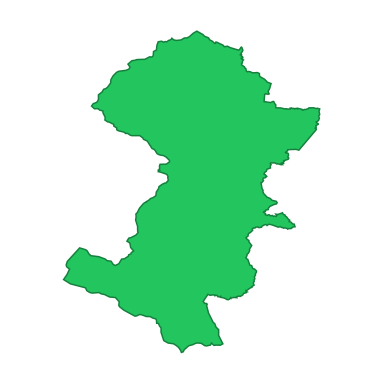 Archidona, Napo, Ecuador (Equal Earth projection), rotated 274°
{"feature_id": "8360857B80114747144377", "entity_name": "Archidona", "entity_type": "district", "adm_level": 2, "iso_a3": "ECU", "parent_name": "Ecuador", "parent_adm1": "Napo", "projection": "equal_earth", "projection_center": [-77.955, -0.716], "detail": "fine", "context": "isolated", "style": "filled", "palette": "green", "viewbox_px": 384, "rotation_deg": 274, "n_neighbors": 0, "source": "geoboundaries", "source_scale": "gbopen_adm2", "svg_char_len": 6043}
<svg xmlns="http://www.w3.org/2000/svg" viewBox="0 0 384 384"><g transform="rotate(274 192 192)"><path d="M307.3,110.4L306.0,108.3L302.2,105.1L298.5,103.3L295.0,103.2L290.6,100.4L289.2,98.9L288.3,96.7L285.6,95.4L282.4,91.9L278.0,92.2L276.1,91.6L274.6,90.4L273.2,87.3L270.7,85.8L268.2,88.9L268.6,92.7L267.3,94.0L266.6,97.5L264.7,97.7L260.4,100.2L257.7,100.1L256.0,103.1L256.0,104.3L254.0,109.2L252.3,109.4L250.7,112.4L248.9,112.6L248.4,113.2L247.8,114.9L247.0,120.0L245.7,121.8L246.0,123.7L244.6,125.9L244.0,128.0L244.6,135.9L242.4,139.4L241.2,139.9L239.7,143.8L232.6,149.1L231.8,151.2L230.9,152.3L227.8,154.5L226.8,156.8L226.3,161.1L225.0,163.8L222.1,167.2L220.5,167.5L218.0,164.4L217.4,158.2L215.4,157.7L213.8,158.1L212.2,157.7L211.7,157.1L211.5,158.0L211.1,157.4L210.3,157.7L210.2,156.9L209.9,156.9L209.6,159.2L207.9,165.6L205.6,167.1L204.6,166.8L202.0,167.6L199.1,165.3L199.0,164.2L197.6,161.7L195.1,158.7L193.4,158.5L189.4,156.4L185.7,156.2L183.5,153.2L182.6,151.1L180.3,148.9L179.2,147.0L178.6,147.1L178.3,146.0L177.1,144.4L172.1,140.7L167.7,138.9L166.2,137.6L162.9,138.0L160.1,137.7L154.0,140.1L149.1,140.5L147.9,141.1L145.1,139.1L142.1,134.0L141.6,132.2L138.6,130.6L138.2,130.6L137.6,132.2L136.6,133.6L132.3,134.7L129.1,137.9L127.2,135.6L126.0,135.4L124.9,133.2L123.4,132.9L120.6,129.1L120.2,126.5L115.3,124.0L113.3,120.5L114.2,118.5L117.3,116.1L117.6,112.1L119.1,110.0L121.0,103.4L121.4,95.6L123.1,93.5L125.9,91.6L127.0,90.0L128.4,83.8L114.1,72.5L110.7,71.6L109.3,71.9L108.4,72.5L106.6,75.2L101.2,73.2L95.7,70.0L91.9,77.1L89.0,92.4L86.3,93.9L84.7,96.8L84.2,99.4L85.2,106.2L84.1,108.4L83.6,112.0L81.5,117.1L81.4,122.9L77.5,127.0L73.7,126.9L72.4,127.8L69.3,132.4L64.2,143.7L64.5,145.4L66.0,147.9L66.1,149.9L64.6,155.1L64.8,158.9L63.5,161.7L62.9,164.6L62.2,165.4L58.6,165.9L58.6,167.7L56.1,168.9L54.3,170.6L49.9,170.9L41.8,174.2L39.7,178.6L39.3,184.1L37.8,187.0L36.1,189.4L33.2,191.7L31.2,192.6L32.0,194.4L34.2,195.3L38.5,199.6L39.6,203.1L41.3,206.2L41.8,208.1L41.7,211.8L39.6,215.4L39.5,217.4L40.6,221.1L42.6,222.0L40.5,224.6L41.0,226.9L41.1,230.8L42.7,233.4L50.7,228.6L56.5,228.2L59.0,225.3L62.4,223.8L63.3,222.3L72.5,216.9L79.7,214.5L81.1,215.0L81.8,214.3L81.8,212.3L83.6,210.8L91.0,215.0L90.2,217.3L91.0,220.7L90.4,221.6L90.7,221.9L90.7,222.8L90.3,222.6L90.6,223.7L90.4,224.4L89.4,225.0L89.6,225.8L89.2,226.4L89.9,227.9L88.9,227.9L88.6,230.9L87.9,233.0L87.2,234.0L87.1,235.8L88.0,237.2L89.3,238.0L88.8,238.4L89.1,238.5L89.7,241.3L89.7,244.1L90.5,243.6L91.4,245.7L91.2,247.5L92.8,249.8L94.4,250.5L95.3,253.1L95.9,253.3L96.2,254.0L97.0,252.5L97.5,252.6L97.3,253.1L100.7,257.3L101.0,258.4L101.7,258.2L103.4,260.4L105.4,259.5L107.3,260.3L108.8,260.1L109.7,260.8L111.7,260.1L113.3,261.1L115.0,261.0L116.3,261.8L117.7,261.9L119.6,259.7L119.6,258.7L120.1,257.8L122.7,256.7L123.1,254.8L128.6,252.4L129.3,251.1L130.2,250.3L132.4,251.3L133.6,251.2L134.7,252.4L137.3,253.6L139.1,253.4L142.8,255.3L146.0,252.4L147.6,252.1L148.8,250.1L150.3,249.1L152.0,251.0L153.7,251.0L154.8,251.6L155.6,253.0L158.0,255.2L159.3,254.7L160.3,255.7L160.5,257.4L161.5,258.3L161.6,260.4L161.1,261.2L161.7,263.8L162.9,264.3L164.6,267.1L164.6,268.2L163.8,269.2L165.2,270.8L164.9,273.7L162.9,280.6L163.6,282.3L162.8,284.1L162.9,285.0L162.3,285.7L162.7,287.3L162.3,289.3L161.6,290.0L162.2,290.9L162.4,293.3L164.2,295.4L164.5,297.2L167.1,296.2L167.1,294.7L168.8,292.9L169.3,290.9L170.7,291.5L171.4,290.2L173.9,288.0L174.4,286.8L175.4,286.6L176.2,284.5L177.6,283.7L176.2,280.8L175.6,278.8L175.7,277.2L174.4,278.3L173.5,277.6L173.8,275.9L173.3,275.0L174.2,273.9L173.7,271.8L174.6,270.8L174.6,269.7L173.9,268.8L174.5,266.7L175.7,266.8L176.8,264.8L177.8,265.5L177.9,266.6L179.1,266.9L179.8,269.3L180.7,269.1L183.0,270.6L185.2,274.6L186.0,277.1L187.3,277.7L188.6,276.7L189.3,272.5L191.0,270.5L192.1,267.2L195.5,263.6L197.4,262.6L198.6,262.8L200.4,261.6L206.1,260.2L206.1,260.9L208.3,262.5L209.4,261.8L210.8,262.1L211.4,264.2L212.0,264.8L212.5,264.6L212.9,265.4L214.4,263.8L214.7,262.7L215.5,262.6L217.5,264.0L217.7,264.6L220.0,265.3L221.4,268.6L223.3,268.3L224.8,269.0L225.6,268.1L226.5,268.4L226.8,272.7L225.8,274.8L226.2,275.6L225.4,278.8L225.6,280.1L226.4,278.9L227.0,279.0L227.3,279.7L226.9,280.0L227.0,281.3L227.8,280.9L229.1,281.9L229.2,281.4L229.6,281.3L231.3,285.6L232.6,286.2L233.7,285.1L235.6,285.8L236.9,285.4L237.6,284.7L237.3,283.2L238.1,282.5L239.8,284.5L240.9,284.6L241.8,292.7L241.2,295.7L263.0,311.7L263.8,311.5L264.3,310.5L265.2,311.4L266.9,310.9L268.3,313.2L269.1,313.0L269.9,311.2L270.5,311.0L272.1,313.2L274.4,313.9L276.5,313.1L278.2,314.0L281.2,313.1L283.8,313.6L284.3,311.2L283.9,309.9L284.5,307.5L284.1,302.8L283.1,301.8L282.3,299.8L282.1,298.1L281.4,297.0L281.5,296.3L282.1,296.1L282.9,291.6L282.3,291.4L282.8,290.1L282.0,288.8L282.6,287.7L282.3,286.7L282.8,285.0L282.3,284.8L282.3,284.0L281.7,284.1L281.3,281.5L281.7,280.8L281.4,278.9L282.1,274.3L281.8,270.0L282.8,269.5L284.6,269.6L286.0,268.3L288.0,267.2L287.9,266.3L286.7,264.1L287.2,257.6L294.4,257.7L295.1,258.7L294.8,261.2L295.3,262.1L297.6,260.9L300.1,262.1L305.7,263.3L306.8,259.5L309.5,256.6L311.7,252.0L312.6,251.2L314.9,251.0L315.7,249.0L315.1,244.2L316.0,241.8L316.2,239.7L315.8,238.9L316.5,237.8L319.0,237.0L319.6,235.8L320.5,235.6L322.2,232.7L323.8,232.5L324.2,233.2L326.0,233.2L327.3,234.1L328.3,232.2L328.6,233.1L329.7,233.3L330.0,232.2L330.7,232.7L331.3,231.6L331.9,231.7L332.2,230.8L332.8,231.6L333.2,231.1L336.8,232.9L339.8,231.6L340.0,231.2L339.7,230.8L337.3,229.4L336.8,228.3L338.7,220.0L339.9,217.2L339.2,214.1L340.6,212.8L343.2,206.2L343.2,205.3L342.0,205.1L341.8,204.3L344.0,201.5L345.1,198.9L346.9,197.8L348.3,193.5L349.8,192.0L352.8,185.6L350.4,182.1L346.7,178.5L345.3,176.1L345.1,173.6L342.9,170.4L342.1,165.7L342.5,163.1L344.0,161.2L343.1,160.8L341.9,159.2L341.7,158.3L340.0,156.2L340.2,154.8L339.5,153.2L340.3,151.1L339.5,147.8L336.0,146.8L331.2,146.6L329.4,143.8L325.2,143.8L323.8,142.6L323.9,140.3L321.1,135.8L320.3,127.9L319.5,126.1L318.8,122.9L315.1,119.2L312.2,121.5L310.2,120.4L308.8,117.8L307.3,110.4Z" fill="#22c55e" stroke="#15803d" stroke-width="1.5"/></g></svg>